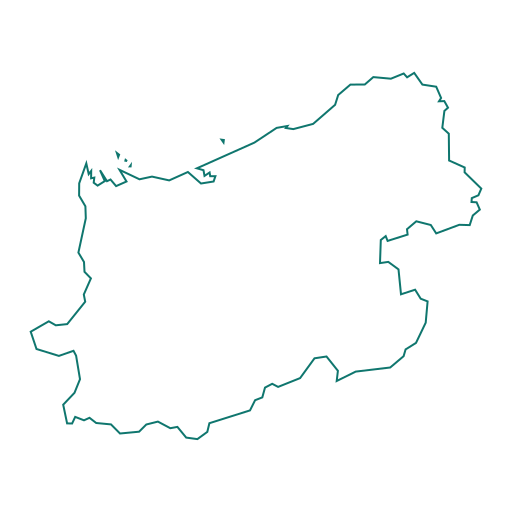 outline of Bolaang Mongondow, Sulawesi Utara, Indonesia
{"feature_id": "22746128B99982169683342", "entity_name": "Bolaang Mongondow", "entity_type": "district", "adm_level": 2, "iso_a3": "IDN", "parent_name": "Indonesia", "parent_adm1": "Sulawesi Utara", "projection": "robinson", "projection_center": [124.032, 0.721], "detail": "medium", "context": "isolated", "style": "outline", "palette": "teal", "viewbox_px": 512, "rotation_deg": 0, "n_neighbors": 0, "source": "geoboundaries", "source_scale": "gbopen_adm2", "svg_char_len": 1873}
<svg xmlns="http://www.w3.org/2000/svg" viewBox="0 0 512 512"><path d="M403.7,73.5L390.9,78.7L373.3,77.1L364.8,84.5L350.4,84.6L338.2,95.0L335.1,104.8L313.1,123.9L293.3,129.1L285.9,128.0L287.4,126.0L276.6,127.9L254.4,142.6L196.9,168.3L203.5,170.2L204.5,175.9L209.6,172.5L210.2,176.2L215.4,176.2L213.6,181.5L201.0,183.5L187.9,172.0L169.2,180.4L152.0,176.6L139.5,179.3L119.5,169.8L126.5,181.5L116.1,186.1L110.5,179.5L107.0,181.2L100.0,170.2L104.8,181.1L97.6,185.6L93.7,182.7L94.3,177.6L91.1,178.3L91.2,170.9L88.7,174.1L86.3,163.4L79.2,183.3L79.1,195.6L85.4,206.3L85.8,218.3L78.4,252.6L84.0,262.0L84.5,271.8L90.9,278.4L83.8,294.5L85.2,301.7L67.2,324.1L55.8,325.3L48.8,321.3L30.7,331.7L36.5,349.0L58.9,355.9L73.5,350.8L76.1,355.7L80.0,379.2L74.5,392.8L63.2,404.7L67.1,423.4L72.1,423.5L75.2,416.9L84.0,420.3L89.5,417.8L96.2,423.0L111.0,424.4L120.0,433.5L139.1,431.7L146.3,424.5L157.9,421.6L170.3,428.2L177.4,426.9L186.2,437.6L197.4,439.1L207.3,431.9L209.4,423.2L250.0,410.4L255.1,400.2L262.3,397.4L265.0,387.6L272.2,383.8L278.1,386.9L300.1,378.1L314.5,358.3L326.5,356.5L337.9,370.8L336.7,381.0L355.7,371.6L390.2,367.5L403.6,356.2L405.6,349.4L416.0,342.9L425.7,322.7L427.6,301.4L420.7,298.7L415.1,289.7L401.0,294.3L398.5,269.4L388.3,261.9L380.0,263.1L380.8,240.0L385.7,236.1L387.6,240.9L407.6,234.6L407.0,229.2L416.3,221.3L430.8,225.0L436.2,233.4L459.3,224.8L469.7,225.1L472.8,215.5L479.8,209.6L476.6,202.3L471.5,202.0L471.8,198.1L478.4,195.3L481.3,188.6L464.6,172.3L464.7,167.5L449.1,160.5L448.8,133.7L442.3,127.8L444.4,110.9L448.0,107.7L444.3,101.1L439.0,101.3L441.1,98.0L436.2,86.7L422.4,84.6L414.2,72.9L407.1,77.3L403.7,73.5ZM119.1,154.7L116.9,153.0L118.2,157.1L119.1,154.7ZM223.8,140.0L221.6,139.7L223.5,142.4L223.8,140.0ZM125.4,160.7L127.0,161.0L125.6,159.9L125.4,160.7ZM130.7,165.3L129.9,166.4L130.6,166.4L130.7,165.3Z" fill="none" stroke="#0f766e" stroke-width="2"/></svg>